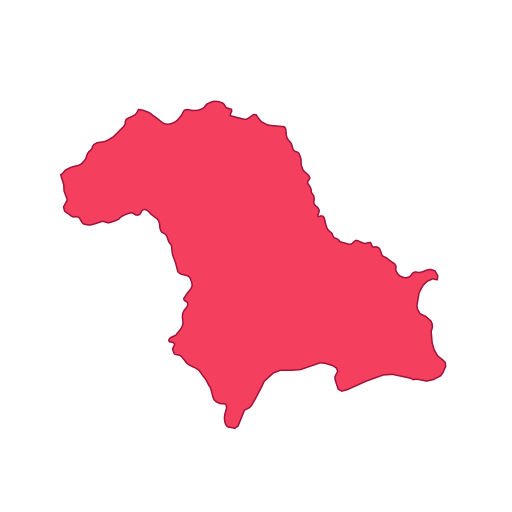 the district of Chuarrancho, Guatemala, rotated 249°
{"feature_id": "79465075B45501962231680", "entity_name": "Chuarrancho", "entity_type": "district", "adm_level": 2, "iso_a3": "GTM", "parent_name": "Guatemala", "parent_adm1": "", "projection": "robinson", "projection_center": [-90.462, 14.853], "detail": "fine", "context": "isolated", "style": "filled", "palette": "rose", "viewbox_px": 512, "rotation_deg": 249, "n_neighbors": 0, "source": "geoboundaries", "source_scale": "gbopen_adm2", "svg_char_len": 6148}
<svg xmlns="http://www.w3.org/2000/svg" viewBox="0 0 512 512"><g transform="rotate(249 256 256)"><path d="M203.8,379.3L206.0,378.0L207.2,377.4L209.0,375.8L209.9,374.9L210.9,374.1L212.6,373.9L216.1,374.1L218.5,373.9L220.2,373.2L221.5,371.4L222.0,369.6L222.4,368.4L224.2,367.9L226.1,367.9L227.5,367.7L228.1,366.1L228.6,362.1L229.7,360.7L231.6,358.7L233.7,356.6L234.7,355.2L234.6,353.5L233.2,350.2L233.1,348.4L233.8,346.7L234.6,345.7L235.8,344.3L237.3,342.0L238.5,340.5L239.6,339.4L241.3,338.9L242.4,338.3L243.4,337.4L244.9,335.6L246.7,335.0L248.2,335.0L249.4,335.1L251.0,334.6L252.7,333.5L254.5,332.7L256.8,332.3L259.5,332.4L262.3,332.6L263.5,332.9L265.7,333.2L267.0,333.3L268.1,333.2L269.3,332.6L270.2,331.0L270.2,329.6L270.6,328.1L271.9,328.3L274.3,330.5L275.7,331.3L277.0,331.3L278.1,331.3L279.9,330.6L282.6,329.1L284.4,328.9L285.9,329.3L287.0,330.1L289.1,331.0L291.5,331.4L293.2,331.0L295.5,330.5L297.0,331.0L298.4,331.3L300.5,331.3L302.7,331.0L304.4,330.6L305.8,330.4L307.5,331.5L308.3,332.9L309.3,334.2L310.9,334.2L312.6,334.0L317.4,331.5L319.1,330.8L321.3,330.7L323.9,330.8L325.2,331.0L326.5,331.4L329.7,332.5L331.8,332.9L335.1,332.9L336.7,332.8L338.5,331.5L340.0,329.7L341.2,329.0L342.5,328.8L343.7,328.9L345.5,329.1L347.6,329.2L349.5,329.0L351.3,328.3L353.2,327.6L354.7,327.4L356.2,327.4L358.1,327.6L361.0,328.5L363.0,329.1L365.0,329.2L366.7,328.5L372.8,316.1L373.6,314.9L374.9,313.1L376.0,312.1L378.6,309.9L379.5,309.2L381.1,308.5L382.5,308.1L384.0,307.6L385.7,307.2L387.7,306.8L388.7,305.1L388.8,303.7L388.3,301.9L387.9,300.5L387.4,298.3L387.2,296.4L387.3,295.1L388.0,293.7L396.2,282.3L397.6,282.9L399.9,285.2L401.7,285.7L402.7,284.5L404.2,282.4L405.4,281.4L406.4,281.0L408.0,280.8L409.6,280.4L411.2,279.3L413.0,277.1L413.8,275.9L414.6,274.4L415.1,273.3L415.6,271.6L415.7,269.9L415.7,267.4L415.5,264.6L414.7,263.0L413.3,260.9L412.8,259.1L412.7,256.9L412.8,254.9L413.0,253.5L413.8,250.9L414.9,248.4L415.6,247.2L416.3,246.1L417.5,244.0L417.8,242.5L417.5,240.8L416.8,239.9L414.3,237.1L413.6,236.0L412.3,233.8L411.5,232.2L410.9,231.0L410.5,229.7L410.1,227.7L410.0,226.2L410.0,224.4L410.4,221.5L410.9,220.2L411.8,218.7L412.9,217.4L414.2,216.3L417.8,214.2L420.4,212.6L421.9,211.7L423.5,210.6L424.5,209.9L426.4,208.9L427.6,208.1L429.0,206.7L430.1,205.6L431.9,203.5L432.8,202.4L433.6,201.1L434.9,198.8L432.9,196.6L432.1,195.4L431.3,194.0L431.0,192.7L430.6,188.1L430.5,185.9L430.2,184.2L429.5,183.1L427.4,181.7L426.2,181.2L424.7,179.6L423.3,176.6L422.5,174.7L421.4,172.5L420.7,170.8L419.1,167.2L418.3,165.0L417.4,160.3L417.1,157.0L417.2,155.0L417.4,153.7L418.2,150.9L418.4,149.5L418.7,148.0L418.3,145.5L418.0,144.3L416.4,142.3L415.2,141.6L414.0,139.5L413.4,137.5L412.5,136.2L411.7,135.1L410.7,134.2L408.6,132.6L407.2,131.0L406.1,129.1L404.8,126.4L404.4,124.8L404.2,123.0L404.4,121.4L404.7,119.7L405.0,116.8L405.0,113.1L404.7,110.2L404.3,108.5L403.5,106.9L402.5,105.4L401.8,102.8L391.6,102.1L385.4,100.1L376.0,100.0L370.8,93.9L366.5,93.4L365.0,94.3L361.8,96.5L360.2,97.4L358.3,98.9L357.4,100.8L357.2,102.2L356.0,104.0L354.7,104.7L353.4,105.0L352.0,105.2L350.7,105.5L349.6,105.7L348.0,106.2L346.3,108.4L345.5,109.8L344.6,111.7L344.2,113.0L344.0,115.1L343.8,117.3L343.6,120.2L343.5,123.9L343.2,125.5L341.8,127.4L341.0,128.4L340.1,129.6L339.7,130.9L339.5,133.4L339.4,135.1L339.3,137.3L339.6,141.1L340.4,142.7L341.1,144.9L341.3,146.5L341.4,148.2L341.5,150.2L341.4,152.9L340.8,155.9L339.1,157.2L337.3,158.5L336.6,160.1L336.4,161.6L336.8,163.0L338.1,164.6L339.0,165.4L339.6,166.7L339.5,168.3L338.6,169.9L336.5,171.5L334.1,172.4L332.6,173.0L331.2,173.8L326.3,176.9L324.5,177.6L323.3,177.6L321.2,177.6L319.3,177.1L318.1,176.7L316.2,176.3L314.5,176.2L313.4,176.2L311.8,176.7L310.5,177.9L309.4,178.8L308.3,179.4L306.2,179.8L304.4,179.8L302.3,179.7L300.1,179.7L298.4,180.3L297.1,180.7L295.9,180.6L294.7,180.5L293.3,180.1L292.0,179.7L288.3,178.8L286.9,178.6L284.4,178.5L280.8,178.5L277.5,178.4L275.4,178.1L271.9,177.6L270.4,177.6L269.2,177.5L267.5,178.3L265.9,179.5L265.1,180.6L264.2,181.9L263.0,183.8L261.5,185.5L259.5,186.4L257.8,186.6L255.3,186.6L252.7,186.2L251.3,185.8L249.6,184.4L248.5,183.1L247.3,181.0L246.1,178.9L244.9,177.0L242.1,173.2L240.2,173.2L239.1,173.9L237.4,175.2L235.8,175.2L234.1,174.2L233.0,172.9L232.1,171.4L231.3,169.9L230.4,168.7L229.2,167.6L227.5,166.4L226.2,165.7L224.3,165.1L222.5,164.7L220.9,164.3L218.5,163.3L216.5,161.5L215.7,160.7L214.6,159.2L213.1,156.6L210.9,152.8L210.7,151.4L210.5,147.4L209.8,145.5L208.5,144.3L207.0,144.4L206.0,145.9L204.8,147.9L202.9,148.4L201.8,147.7L200.5,146.0L199.1,144.8L196.7,144.6L194.4,144.6L193.2,145.2L192.4,146.4L191.6,147.8L190.7,149.0L189.6,149.9L188.6,150.5L186.5,151.2L184.0,152.0L182.3,152.4L181.1,152.8L179.8,153.5L178.6,154.3L177.1,155.6L174.9,157.6L172.9,159.6L170.4,161.4L169.2,161.9L166.9,162.6L162.8,163.6L160.0,164.5L157.9,165.0L155.1,165.3L152.1,165.6L150.4,166.1L148.4,166.2L147.0,166.1L144.8,165.8L141.0,165.4L138.8,165.2L137.1,165.4L135.8,165.8L134.0,166.8L132.8,167.8L131.1,169.6L130.2,171.4L129.0,174.1L127.6,174.7L126.5,174.6L124.9,174.1L123.5,173.3L122.5,172.4L119.1,170.0L116.7,168.7L114.6,168.0L113.1,167.6L111.5,167.4L109.9,167.4L107.7,167.7L106.1,169.0L105.4,170.2L104.2,172.4L102.7,174.2L103.7,178.3L116.2,190.0L116.8,195.7L118.1,198.2L122.1,203.3L131.5,214.0L136.1,218.8L140.6,230.4L140.6,237.5L136.6,248.3L134.0,256.9L133.3,277.5L131.2,281.9L126.2,288.3L122.4,291.0L119.0,290.9L115.0,286.4L111.9,285.5L102.3,285.0L99.1,287.6L98.5,293.0L99.7,314.5L99.3,332.3L96.6,341.0L86.5,356.5L84.0,358.8L83.9,360.4L82.6,363.3L78.1,370.4L77.1,377.2L77.9,385.0L79.7,388.3L85.1,393.6L88.8,394.5L91.7,393.3L97.6,389.8L104.7,388.7L111.7,389.3L122.8,392.5L126.3,395.2L129.4,396.1L132.6,396.0L138.8,392.8L143.3,388.5L148.4,387.7L152.1,388.5L163.1,395.0L168.6,401.2L171.0,406.7L171.4,413.1L170.2,414.4L168.9,416.7L170.4,417.6L172.4,418.6L178.1,417.7L181.0,414.1L181.7,410.4L181.6,407.6L181.6,405.3L182.1,402.5L183.0,400.8L184.1,398.9L184.1,396.7L183.2,394.9L182.0,393.1L181.6,391.3L181.9,388.3L182.5,386.9L185.3,383.6L186.5,382.8L188.5,381.9L189.7,381.7L192.7,381.4L193.8,381.7L195.1,382.7L196.9,383.0L199.0,382.6L203.8,379.3Z" fill="#f43f5e" stroke="#9f1239" stroke-width="1.5"/></g></svg>